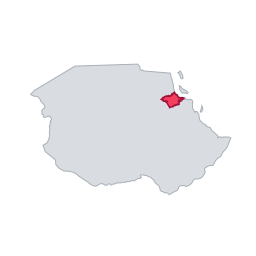 Bagamoyo, Pwani, United Republic of Tanzania shown in context, rotated 329°
{"feature_id": "72390352B29680200356010", "entity_name": "Bagamoyo", "entity_type": "district", "adm_level": 2, "iso_a3": "TZA", "parent_name": "United Republic of Tanzania", "parent_adm1": "Pwani", "projection": "mercator", "projection_center": [38.556, -6.309], "detail": "fine", "context": "in_parent", "style": "filled", "palette": "rose", "viewbox_px": 256, "rotation_deg": 329, "n_neighbors": 0, "source": "geoboundaries", "source_scale": "gbopen_adm2", "svg_char_len": 7129}
<svg xmlns="http://www.w3.org/2000/svg" viewBox="0 0 256 256"><g transform="rotate(329 128 128)"><path d="M98.6,173.5L96.1,172.2L93.9,171.4L92.1,170.6L91.3,169.7L89.6,169.4L88.2,169.3L86.8,168.5L84.0,168.2L83.7,167.7L83.7,166.5L83.2,166.2L82.2,165.9L81.1,165.9L80.4,166.1L80.0,166.0L79.1,165.3L78.3,164.4L77.9,163.0L76.7,162.1L75.2,161.4L71.1,161.5L70.5,161.3L69.5,160.6L68.4,159.4L67.4,158.1L66.6,156.3L65.8,153.9L61.1,144.2L60.6,142.3L59.7,140.3L58.2,137.8L56.6,136.0L54.5,134.3L52.0,132.6L50.7,131.5L48.2,127.0L47.7,124.8L47.3,122.6L47.5,121.7L49.0,118.9L49.2,118.1L49.0,117.0L48.2,114.8L47.3,112.0L45.3,107.0L45.0,105.8L45.0,104.8L46.2,99.7L46.2,99.0L50.9,99.1L54.3,96.9L57.3,93.6L57.8,92.2L59.1,90.1L60.3,89.0L60.7,88.3L61.4,86.2L63.0,84.7L64.5,83.6L64.2,82.9L64.4,82.6L65.2,82.0L66.8,81.5L67.2,80.4L67.1,79.1L66.9,78.4L66.9,77.6L66.7,77.2L65.6,77.0L64.1,76.4L62.7,76.2L61.8,75.8L61.5,75.5L61.4,74.8L62.1,72.8L61.4,72.0L63.0,68.8L63.3,68.4L63.9,68.4L64.8,68.0L65.7,67.9L66.4,68.0L66.9,67.9L67.4,67.5L67.8,66.4L68.1,64.6L67.9,63.1L67.3,62.0L67.1,60.2L67.4,57.9L67.2,56.0L66.4,54.4L65.7,53.5L64.5,53.0L62.6,50.7L62.1,49.5L62.2,48.8L62.8,48.5L64.0,48.6L65.1,48.3L66.1,47.7L67.1,47.5L67.6,47.6L114.4,47.6L169.0,78.1L169.2,78.4L169.7,81.1L169.6,82.0L168.7,83.5L168.5,84.3L168.5,84.8L168.7,85.0L169.4,85.1L170.0,85.5L170.7,86.9L171.3,87.5L192.0,102.4L192.5,102.7L192.2,103.9L191.0,107.0L191.0,108.3L190.5,109.7L190.1,110.7L188.9,115.0L187.9,116.6L186.5,120.4L186.3,123.3L187.1,125.3L187.3,127.2L188.9,129.1L190.2,129.7L191.1,130.6L192.6,132.5L193.5,134.5L196.3,135.4L197.4,137.6L197.0,139.1L195.7,140.4L194.5,142.4L193.5,145.0L193.5,149.1L194.1,148.5L195.6,149.5L195.8,152.5L194.3,155.9L193.8,157.6L193.7,159.0L194.8,163.1L196.5,165.3L196.4,165.9L195.9,166.5L198.8,170.3L198.5,173.5L199.6,176.1L200.1,178.3L200.8,180.0L200.9,181.2L200.0,182.5L202.1,182.8L203.3,183.9L203.9,184.9L205.4,184.8L206.2,185.5L207.3,186.1L209.9,187.8L210.6,188.7L211.0,189.5L203.9,194.9L201.4,196.3L199.6,196.9L197.6,197.3L195.8,198.2L194.0,199.5L191.8,200.2L189.0,200.2L186.2,201.1L181.6,203.9L179.0,202.4L176.9,201.9L174.6,201.9L173.1,202.1L172.6,202.4L172.1,203.4L171.8,205.0L170.2,206.5L167.5,207.9L165.0,208.4L162.7,208.1L161.1,207.5L160.3,206.6L159.1,206.2L157.5,206.3L156.0,206.9L154.5,208.0L152.2,208.5L149.0,208.4L147.3,207.8L147.1,206.9L145.7,205.8L143.2,204.5L141.3,204.5L140.1,205.7L139.0,206.5L138.0,206.8L137.1,206.8L135.8,206.5L132.3,206.4L129.0,206.4L128.6,204.7L128.0,203.6L127.4,203.0L126.2,202.8L125.9,202.3L125.5,201.2L124.9,200.3L124.2,199.6L123.7,198.9L123.6,198.2L123.7,197.5L124.4,195.7L124.6,194.5L124.5,193.2L124.2,191.9L123.4,190.4L123.5,190.0L123.2,188.9L123.2,188.2L123.3,187.3L123.2,186.1L122.5,183.6L122.5,182.9L121.8,181.7L119.6,178.8L119.5,178.4L116.0,175.5L114.6,174.8L114.1,175.4L113.9,175.9L114.1,176.8L114.0,177.3L113.8,177.5L113.0,177.5L112.5,177.4L111.2,176.6L110.2,176.4L107.6,176.5L106.7,176.7L106.0,176.5L104.7,175.2L103.1,174.9L101.7,174.8L99.4,173.3L98.6,173.5ZM196.6,124.9L197.8,128.1L197.6,128.7L196.8,129.0L196.4,129.1L195.9,128.5L195.5,127.5L194.9,127.7L193.9,126.4L192.8,126.4L191.9,124.8L192.3,123.5L192.1,121.2L193.2,120.0L193.8,118.1L194.5,119.4L194.7,121.5L195.7,124.0L196.6,124.9ZM202.1,105.9L202.2,106.6L202.0,107.3L202.0,109.6L201.9,111.1L201.1,113.2L200.4,113.9L199.8,113.7L199.3,113.4L198.9,112.8L199.7,109.0L199.3,106.2L200.8,106.4L202.1,105.9ZM199.8,151.9L199.0,152.1L198.7,152.0L198.2,151.3L199.1,150.8L199.9,149.8L201.8,148.2L202.7,147.0L202.6,148.2L201.5,150.8L200.6,151.0L199.8,151.9Z" fill="#d9dde1" stroke="#a8b0b8" stroke-width="1"/><path d="M191.0,130.7L190.8,130.6L190.6,130.4L190.5,130.2L190.4,130.1L190.2,129.9L190.1,129.7L189.9,129.6L189.5,129.6L189.2,129.4L188.9,129.3L188.6,129.2L188.4,129.1L188.0,129.0L187.9,128.8L187.8,128.7L187.7,128.3L187.3,128.1L186.9,127.3L186.8,127.0L186.9,126.5L187.0,126.0L187.0,125.9L187.2,125.5L187.1,125.3L187.2,124.8L187.1,124.7L186.8,124.5L186.7,124.3L186.6,124.0L186.4,124.1L186.4,123.9L186.2,123.6L186.0,123.1L185.9,122.5L186.2,121.8L186.2,121.7L186.1,121.8L185.6,121.5L185.2,121.5L184.8,121.4L184.7,121.5L184.8,121.6L184.7,121.7L184.3,121.5L184.1,121.5L183.9,121.7L183.9,121.9L183.7,122.0L183.4,122.0L183.3,121.9L183.3,122.0L183.2,122.0L182.9,122.2L182.9,122.3L182.7,122.5L182.5,122.4L182.4,122.2L182.2,122.3L181.9,122.3L181.6,122.3L181.6,122.2L181.4,122.3L181.3,122.5L181.2,122.5L181.0,122.4L180.7,122.5L180.6,122.4L180.5,122.2L180.4,122.1L180.3,121.9L180.3,122.0L180.2,121.9L180.2,122.0L179.9,122.0L179.7,122.1L179.4,122.1L179.4,121.8L179.2,121.7L179.3,121.6L179.1,121.4L178.9,121.3L178.8,121.2L178.7,121.1L178.6,121.3L178.6,121.1L178.4,121.1L178.2,121.2L177.9,121.1L177.7,121.0L177.7,120.9L177.6,120.7L177.4,120.6L177.4,120.4L177.1,120.3L176.9,120.3L176.9,120.2L176.7,120.1L176.4,120.1L176.2,120.2L175.9,120.1L175.7,120.1L175.4,120.0L175.2,120.2L174.7,120.1L174.4,120.1L174.3,120.4L174.2,120.3L174.2,120.1L173.9,120.0L173.6,120.0L173.5,119.9L173.3,119.9L173.2,119.9L173.1,120.0L172.9,120.2L172.8,120.3L172.5,120.4L172.5,120.5L172.4,120.5L171.6,120.5L171.3,120.6L171.6,120.8L171.8,121.0L172.0,121.1L171.9,121.2L172.1,121.3L172.3,121.5L172.2,121.7L172.3,121.8L172.0,121.9L172.0,122.0L172.2,122.3L172.3,122.5L172.4,122.8L172.3,123.0L172.6,123.3L172.6,123.6L172.8,123.7L173.0,123.7L173.0,123.8L172.9,123.8L173.0,123.9L173.3,123.9L173.6,124.0L173.8,124.1L173.7,124.2L173.8,124.3L173.7,124.4L173.7,124.5L173.9,124.4L173.9,124.6L173.7,124.7L173.9,124.7L173.9,124.8L174.0,124.8L174.3,124.9L174.5,124.8L174.9,125.0L175.0,125.0L175.3,125.1L175.2,125.1L175.3,125.2L175.5,125.3L175.5,125.5L175.0,125.5L174.9,125.3L174.8,125.5L174.5,125.6L174.4,125.6L174.3,126.0L174.3,131.2L174.4,131.3L174.5,131.4L174.5,131.5L174.8,131.8L174.7,131.9L174.8,131.9L174.9,132.1L175.0,132.1L175.7,132.1L176.0,132.2L176.1,132.3L176.3,132.3L176.6,132.4L176.7,132.5L176.8,132.6L177.0,132.7L177.2,132.8L177.3,132.7L177.4,132.8L177.5,132.8L177.7,132.7L177.9,132.7L178.0,132.8L178.1,132.7L178.3,132.5L178.5,132.6L178.8,132.5L179.0,132.6L179.3,132.4L179.4,132.5L179.5,132.5L179.9,132.8L180.1,132.7L180.3,133.0L180.4,132.9L180.6,133.1L180.8,133.1L181.0,133.1L181.3,132.9L181.4,133.0L181.5,133.0L181.7,133.3L181.8,133.1L182.0,133.1L182.3,133.0L182.6,133.1L182.9,133.2L183.0,133.4L183.0,133.5L183.2,133.8L183.3,133.9L183.5,133.7L183.7,133.8L183.9,133.7L184.0,133.9L184.3,133.6L184.3,133.4L184.6,132.9L184.6,132.7L184.8,132.4L185.0,132.3L185.0,132.2L184.9,132.2L185.0,132.0L185.0,131.9L185.2,132.0L185.3,132.0L185.3,131.9L185.6,131.9L185.6,131.7L185.8,131.4L185.8,131.5L185.9,131.4L186.0,131.3L185.9,131.2L186.0,131.2L185.9,131.2L186.0,131.1L185.9,131.0L186.1,131.0L186.1,130.9L186.3,130.8L186.3,130.7L186.5,130.9L186.4,131.4L186.3,131.6L186.4,131.9L186.5,132.0L186.9,132.2L187.0,132.1L187.1,131.8L187.0,131.7L186.9,131.5L187.2,131.5L187.3,131.2L187.5,131.1L188.2,130.8L188.2,130.6L188.3,130.5L188.4,130.4L188.8,130.5L189.3,130.7L189.4,131.2L189.2,131.6L189.6,131.4L189.7,131.5L190.1,131.6L190.4,131.6L190.4,131.4L190.4,131.2L190.5,131.3L190.5,131.1L190.8,131.1L190.8,130.9L191.0,130.9L190.9,130.8L191.0,130.8L191.0,130.7Z" fill="#f43f5e" stroke="#9f1239" stroke-width="1.5"/></g></svg>